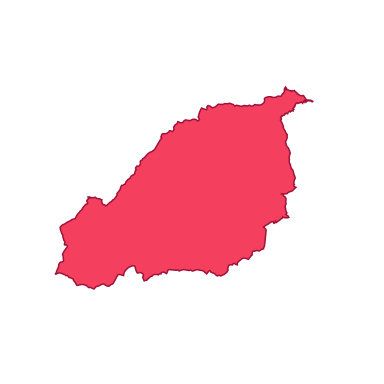 the district of Subachoque, Cundinamarca, Colombia, rotated 210°
{"feature_id": "7082276B58958206907814", "entity_name": "Subachoque", "entity_type": "district", "adm_level": 2, "iso_a3": "COL", "parent_name": "Colombia", "parent_adm1": "Cundinamarca", "projection": "mercator", "projection_center": [-74.164, 4.965], "detail": "fine", "context": "isolated", "style": "filled", "palette": "rose", "viewbox_px": 384, "rotation_deg": 210, "n_neighbors": 0, "source": "geoboundaries", "source_scale": "gbopen_adm2", "svg_char_len": 6075}
<svg xmlns="http://www.w3.org/2000/svg" viewBox="0 0 384 384"><g transform="rotate(210 192 192)"><path d="M163.5,329.7L163.6,327.7L162.2,324.9L162.2,323.5L162.8,322.1L162.6,320.0L163.4,319.0L165.6,318.0L166.8,315.9L169.3,314.3L170.8,314.1L172.3,313.4L173.8,312.4L175.4,310.7L175.9,309.6L175.9,308.9L174.8,307.4L174.3,305.5L175.0,303.6L176.0,301.7L179.4,299.8L181.4,299.1L182.0,297.6L182.9,296.3L183.5,296.0L185.7,295.9L186.9,294.3L190.3,292.9L191.9,290.9L196.8,289.4L197.9,287.7L199.5,288.3L200.4,288.3L204.0,287.6L205.4,286.1L207.6,285.1L209.4,283.0L213.1,281.2L214.4,277.3L216.6,275.0L219.0,275.4L221.4,274.9L221.7,273.1L220.7,272.0L220.6,270.5L223.8,269.7L225.6,269.6L225.7,268.1L225.3,264.5L224.6,262.1L224.2,260.0L222.2,258.9L221.8,258.4L222.4,256.4L224.9,256.7L226.6,256.1L227.8,255.2L229.4,252.8L233.8,251.1L234.6,249.3L234.7,247.7L235.8,246.5L236.8,246.2L239.4,245.9L239.1,243.9L239.2,243.4L240.2,241.7L240.3,239.4L240.0,238.6L238.9,237.4L239.0,234.9L239.3,234.5L240.9,234.3L242.0,234.0L242.2,233.5L242.1,232.7L243.1,230.3L244.0,229.3L246.4,227.9L246.9,227.2L246.5,224.2L246.3,223.9L245.3,223.7L245.0,223.3L245.6,221.9L245.6,210.3L246.9,206.9L248.1,205.7L249.2,203.4L250.2,199.3L250.2,198.1L251.3,196.3L251.2,194.9L252.2,193.4L251.9,192.1L251.0,191.1L250.6,189.7L251.0,187.7L252.8,186.8L252.9,184.8L252.5,184.0L251.5,183.3L251.7,181.8L250.7,179.0L252.6,175.6L252.7,172.6L253.8,170.6L253.8,169.5L254.3,168.2L253.8,165.5L254.5,164.8L255.1,163.3L256.2,162.6L256.2,160.5L255.7,158.8L255.4,158.6L256.2,153.0L255.3,151.7L255.8,146.7L256.7,145.4L257.0,143.4L257.9,142.1L258.9,138.5L259.7,136.8L261.0,137.3L262.5,136.7L263.3,136.9L264.2,137.4L265.5,138.7L266.2,140.2L266.8,139.8L268.3,140.1L271.1,138.8L273.3,139.1L274.2,138.0L275.9,137.1L277.0,136.0L277.7,136.6L278.2,136.6L279.4,135.7L278.6,135.5L278.3,135.0L278.4,134.5L278.7,134.6L278.4,133.7L278.9,132.2L278.7,131.5L276.9,130.5L276.6,129.3L277.7,128.6L278.5,125.4L278.7,122.8L278.6,121.3L279.3,119.7L279.3,118.6L279.9,116.1L280.1,113.4L279.8,110.9L279.9,110.4L282.3,108.1L282.8,106.6L285.0,103.4L286.1,101.0L287.9,98.4L288.6,95.9L288.5,95.3L287.5,94.1L283.8,90.7L282.9,90.6L281.1,88.3L278.8,86.1L277.2,85.4L276.4,83.0L276.0,82.5L275.4,82.6L274.5,83.5L273.4,83.2L272.6,82.5L273.2,76.4L272.9,73.1L271.6,72.1L268.7,67.9L269.2,66.7L270.9,65.4L271.2,64.0L271.0,62.1L270.2,60.7L269.6,55.7L269.2,54.3L269.4,53.1L269.2,52.7L268.8,52.8L267.5,54.7L266.3,55.7L264.9,56.2L261.9,56.5L260.6,56.9L259.6,56.5L257.7,57.3L255.8,56.5L253.6,57.1L251.5,57.2L250.2,56.1L247.8,55.2L245.2,53.6L244.1,54.1L243.0,55.4L241.3,56.7L239.5,57.7L236.9,58.2L233.6,57.6L232.2,58.6L228.6,58.9L228.2,59.5L228.0,61.4L227.7,62.0L225.8,64.0L223.8,67.2L222.2,68.3L219.9,68.0L218.0,68.3L217.4,68.5L216.6,69.3L215.9,71.3L214.8,72.6L214.5,73.7L214.8,83.3L214.5,83.7L212.8,84.6L209.5,85.4L210.6,88.7L210.4,91.0L209.3,94.8L207.2,97.8L206.3,98.6L205.1,99.2L204.0,98.7L200.9,95.8L199.2,94.6L198.6,94.6L196.8,96.2L195.3,96.7L193.1,96.4L192.6,96.0L192.1,93.5L189.0,91.1L188.3,92.0L187.0,93.0L187.0,93.9L186.5,95.0L185.9,97.4L185.4,98.5L184.6,99.0L184.4,100.3L183.4,101.8L180.4,103.3L179.6,103.5L179.4,104.7L177.9,105.5L178.2,106.9L177.5,107.9L175.5,108.6L173.4,108.5L173.2,109.4L173.7,112.0L173.5,112.8L172.9,113.4L166.4,116.4L165.4,117.4L163.6,117.2L161.7,119.6L160.3,120.7L155.0,122.7L154.4,123.6L152.1,123.8L150.8,125.0L150.3,125.9L147.7,127.9L146.9,127.9L143.1,129.3L141.7,129.2L140.7,128.7L139.6,128.8L138.3,128.5L137.9,132.0L137.5,132.7L136.9,132.8L135.4,132.0L131.8,132.6L128.9,131.9L127.8,132.2L127.4,133.0L126.9,133.4L125.1,133.7L122.9,136.8L121.6,140.3L121.7,142.3L122.2,143.1L122.7,143.4L123.4,145.7L123.4,146.7L123.0,147.6L122.3,148.3L120.6,148.9L120.4,150.7L120.0,151.3L118.0,151.2L116.4,151.6L117.0,152.4L117.2,154.1L115.5,158.9L114.8,160.0L113.2,161.2L109.5,161.9L108.8,166.8L108.4,167.7L109.7,169.7L109.6,171.2L108.9,171.8L108.3,171.9L106.8,173.7L104.3,174.5L103.2,176.9L101.6,178.6L102.1,179.1L102.1,181.0L103.6,184.7L108.7,196.0L109.3,196.6L112.6,197.5L111.8,198.9L111.2,200.7L110.6,201.2L108.4,205.7L106.9,206.9L105.4,205.8L104.7,206.7L105.2,208.5L103.6,207.9L102.8,210.0L102.2,210.9L101.5,213.2L100.9,213.9L101.0,215.9L100.0,215.7L99.3,215.9L96.6,217.3L95.4,218.4L96.6,219.2L99.6,219.5L99.3,221.3L101.1,222.4L102.3,223.8L102.7,224.6L103.8,225.2L103.8,226.0L104.5,227.0L104.6,228.8L105.9,230.4L107.5,233.6L109.4,234.4L110.5,234.3L111.9,235.4L113.4,235.1L113.3,235.4L110.7,236.7L108.8,238.2L108.4,240.0L105.8,242.9L104.3,248.1L106.3,247.8L107.5,248.5L107.0,249.6L108.0,250.2L109.2,252.6L109.5,255.6L110.2,255.8L110.5,256.7L112.3,258.0L115.3,261.1L116.6,261.8L118.0,262.0L118.5,262.9L119.9,263.9L120.5,265.1L121.4,265.3L122.9,266.7L124.0,269.1L124.9,269.9L126.2,273.7L126.1,274.1L126.4,274.9L127.4,275.5L127.8,276.3L129.7,277.5L130.0,278.0L133.7,279.5L134.6,280.8L135.7,281.6L136.1,282.6L136.5,286.0L136.9,286.9L137.9,288.4L138.2,289.4L139.4,289.7L140.9,290.6L141.9,291.5L144.2,292.6L145.3,293.7L145.7,294.6L149.3,297.3L151.0,298.1L151.3,298.5L150.9,298.9L150.9,299.4L151.5,300.4L152.5,300.8L152.5,301.5L152.2,301.8L152.4,302.2L152.1,302.6L152.3,303.0L151.5,303.4L151.2,304.3L150.6,304.6L150.7,305.2L150.3,305.7L150.6,306.1L150.6,306.5L149.5,307.4L149.0,307.3L148.3,307.6L148.5,308.7L148.0,310.8L147.4,311.0L146.9,310.7L146.7,311.6L146.2,311.9L146.2,312.3L145.0,312.7L145.4,313.3L145.1,314.4L146.0,314.5L146.3,314.8L145.8,316.2L146.1,317.4L145.7,317.6L145.8,318.1L146.2,318.2L146.2,321.0L145.3,321.9L144.6,321.6L143.8,322.9L143.1,323.1L142.2,324.6L140.7,324.2L140.9,324.7L140.5,325.1L140.5,325.7L140.0,325.7L140.6,326.5L140.1,327.0L140.3,327.5L140.2,327.8L139.8,327.7L139.5,327.0L138.8,327.3L138.6,326.7L138.3,326.6L137.8,328.6L137.3,328.8L136.5,329.6L135.4,329.8L134.7,330.4L133.0,330.2L132.8,330.9L134.8,330.9L137.8,329.5L139.3,329.1L143.7,331.3L145.5,330.0L146.7,329.6L148.9,329.9L149.8,329.5L150.9,330.4L152.6,330.5L154.0,331.1L154.9,330.2L156.0,329.9L156.3,328.8L157.5,329.0L158.4,328.5L159.5,328.6L160.2,328.1L161.4,328.1L162.0,327.6L162.2,328.4L162.6,328.7L162.1,329.0L163.5,329.7Z" fill="#f43f5e" stroke="#9f1239" stroke-width="1.5"/></g></svg>